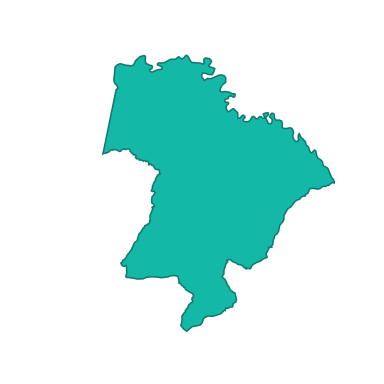 Tesalia, Huila, Colombia (Albers equal-area conic projection), rotated 206°
{"feature_id": "7082276B61077651934720", "entity_name": "Tesalia", "entity_type": "district", "adm_level": 2, "iso_a3": "COL", "parent_name": "Colombia", "parent_adm1": "Huila", "projection": "albers", "projection_center": [-75.696, 2.544], "detail": "fine", "context": "isolated", "style": "filled", "palette": "teal", "viewbox_px": 384, "rotation_deg": 206, "n_neighbors": 0, "source": "geoboundaries", "source_scale": "gbopen_adm2", "svg_char_len": 6062}
<svg xmlns="http://www.w3.org/2000/svg" viewBox="0 0 384 384"><g transform="rotate(206 192 192)"><path d="M305.1,250.9L288.7,187.1L288.0,188.2L286.2,189.4L284.3,191.6L283.1,194.5L281.5,194.9L281.1,195.8L278.4,196.8L275.0,196.6L274.0,197.4L273.5,199.4L272.1,200.9L270.0,201.1L268.6,203.0L266.0,202.7L265.5,201.4L264.4,201.2L263.9,200.7L262.1,200.4L261.2,199.7L260.0,200.4L259.3,200.1L258.4,200.2L257.8,199.0L257.9,198.2L256.1,197.6L255.8,198.3L254.2,198.3L253.4,197.5L252.0,198.4L249.9,198.6L249.2,198.3L248.6,199.5L246.8,199.2L245.9,200.0L244.6,200.3L244.1,199.3L243.6,199.2L243.0,198.1L243.1,197.7L242.6,197.4L241.9,198.7L241.2,199.1L240.0,198.3L239.2,198.7L237.3,198.2L236.5,197.3L234.7,196.4L231.6,197.5L230.9,197.3L229.9,195.5L228.5,194.2L229.9,193.1L230.3,191.7L230.5,187.8L229.9,186.0L230.5,183.3L230.1,182.4L230.1,179.6L229.0,177.5L229.3,176.7L229.0,175.1L227.6,175.1L226.3,176.2L225.5,175.8L225.1,175.2L224.8,174.4L225.2,173.4L225.1,172.5L225.8,170.3L224.9,167.2L223.1,164.4L221.0,164.2L219.5,162.5L220.9,161.3L221.1,160.4L220.1,160.1L219.6,156.6L219.5,152.7L218.8,150.9L217.3,148.8L217.7,147.7L216.8,147.1L216.7,145.8L217.3,143.9L218.0,143.6L218.2,142.3L218.8,142.1L219.8,140.8L219.4,139.5L220.0,138.2L220.5,134.4L220.3,133.3L221.3,131.6L220.4,125.5L219.9,125.2L219.8,124.3L221.5,121.4L221.3,117.1L221.0,116.3L221.4,115.4L221.2,114.3L220.6,114.0L221.4,112.8L222.0,109.0L222.4,108.4L222.1,107.5L222.6,106.9L222.5,103.5L223.3,101.5L224.2,100.5L224.2,97.9L224.8,97.1L224.4,96.6L223.2,95.5L222.0,95.2L220.4,95.4L218.9,97.1L215.1,90.8L214.7,87.6L214.2,86.8L213.4,86.6L207.1,88.8L203.2,89.7L197.9,92.5L195.6,95.3L191.1,98.1L186.2,100.2L181.9,101.5L176.2,105.3L174.9,107.0L171.0,109.3L167.5,110.0L166.4,108.3L165.2,107.2L163.7,104.3L161.8,104.5L160.6,103.7L159.4,103.7L157.8,102.8L156.5,103.1L155.7,101.9L154.7,101.8L153.9,101.2L152.4,101.4L149.5,100.9L147.4,101.0L145.3,99.8L145.2,98.6L144.8,98.2L145.6,96.5L144.8,95.7L144.8,95.0L143.6,94.6L143.3,94.0L143.8,92.4L144.5,91.8L144.6,90.8L145.4,89.6L145.4,87.8L145.0,86.5L145.7,84.9L145.6,83.6L146.1,82.5L145.3,81.6L145.9,80.6L146.7,76.1L144.9,72.8L143.9,69.5L143.7,67.3L139.5,65.2L135.7,64.5L132.9,70.9L126.3,76.0L125.5,79.1L126.1,82.6L125.8,84.3L123.3,87.5L119.3,89.1L117.6,90.5L112.6,95.3L111.0,99.9L110.1,100.1L110.8,102.3L108.7,103.2L107.0,105.6L105.4,106.3L105.2,107.3L105.9,108.4L105.8,109.9L105.6,110.7L104.3,112.4L105.2,115.4L109.4,120.2L111.5,119.9L112.2,120.4L115.2,120.9L116.2,122.3L120.3,124.7L120.7,125.4L123.9,127.9L126.8,128.5L127.8,129.3L127.4,132.4L129.2,136.0L129.4,139.5L129.9,140.8L129.9,142.7L129.3,144.7L129.6,145.3L130.6,145.8L129.6,147.2L127.1,148.3L126.0,147.4L124.6,147.2L121.1,147.5L119.2,147.1L115.5,148.0L114.3,147.9L112.4,147.0L111.2,147.2L110.0,146.4L109.6,146.6L109.7,147.5L108.5,147.5L107.3,148.3L106.1,148.4L105.7,149.3L106.1,151.2L105.2,153.6L103.3,156.6L100.1,160.1L98.8,162.8L96.1,165.8L95.9,166.6L98.4,168.6L98.1,175.4L98.9,175.9L96.1,177.4L97.0,178.1L96.3,179.9L97.8,184.2L98.1,187.3L98.6,189.1L97.3,191.5L96.9,194.3L98.5,200.6L97.3,205.3L97.4,207.7L99.0,211.1L98.6,218.7L96.5,222.2L95.3,228.7L93.7,231.2L92.3,232.3L91.2,236.1L88.5,238.0L88.8,239.5L87.3,241.6L87.3,242.4L87.2,243.8L88.0,245.7L87.8,246.1L85.6,248.1L83.9,248.4L82.8,249.2L80.9,249.3L78.0,251.6L77.9,252.6L77.3,253.1L77.2,253.9L76.7,254.6L74.1,255.7L73.3,257.3L71.9,258.0L71.4,259.7L69.6,262.4L68.1,262.3L68.6,263.8L70.9,265.5L73.2,266.5L79.7,272.3L81.3,273.1L84.7,273.1L85.7,273.4L88.1,276.4L89.7,277.2L93.5,277.6L95.7,279.2L99.0,283.3L100.4,283.3L101.4,279.7L102.4,279.3L104.2,280.5L106.9,283.4L110.3,284.4L111.9,286.8L115.8,288.4L117.0,288.4L118.5,289.2L121.1,291.5L121.5,290.9L121.0,288.5L119.8,286.5L119.0,285.9L118.9,285.3L119.8,283.3L120.6,283.0L121.6,283.1L123.4,283.8L125.5,285.8L126.1,286.8L126.8,290.1L128.0,291.5L130.3,293.0L132.2,292.6L134.9,290.5L137.0,289.5L139.3,289.5L140.7,293.0L142.5,295.0L144.8,295.0L148.3,293.3L150.6,295.0L151.9,297.6L153.0,298.3L154.8,297.8L155.5,295.6L155.1,294.4L155.2,293.4L152.3,292.8L151.0,290.9L150.7,288.9L150.9,288.3L152.2,287.3L153.5,287.2L158.0,290.7L158.2,292.3L157.3,294.0L157.3,294.8L157.8,296.3L158.5,296.6L161.2,294.6L162.1,293.4L162.0,292.9L160.7,292.0L159.5,290.7L159.6,289.5L161.0,289.2L162.6,290.0L163.8,289.8L164.2,289.5L165.2,286.7L166.5,285.8L168.0,286.6L170.0,286.9L171.0,285.6L171.1,282.6L171.9,280.3L174.7,278.6L176.1,278.2L177.3,278.6L177.6,280.7L176.9,282.2L178.1,283.5L179.3,283.6L180.3,283.0L181.5,279.1L182.9,278.5L183.8,279.3L184.7,281.7L185.7,283.2L190.6,285.0L191.3,285.0L192.1,284.4L194.0,280.5L194.7,279.8L197.5,281.7L198.6,283.4L198.8,284.9L197.9,287.0L198.0,288.0L199.1,288.3L201.6,287.4L202.6,288.4L202.9,289.4L201.7,290.9L200.7,291.5L200.5,292.3L200.8,293.7L199.5,295.3L199.1,295.5L196.1,295.3L195.3,296.6L195.9,298.7L196.8,298.9L199.3,297.9L202.4,298.0L203.5,297.7L206.5,296.7L209.8,294.6L210.6,294.5L211.4,295.9L211.8,297.7L211.7,301.5L209.8,305.3L211.5,309.1L212.6,310.1L213.7,310.5L216.0,310.4L217.3,310.0L219.0,308.8L224.5,302.2L228.0,300.8L229.5,297.8L230.5,297.7L230.7,298.3L233.2,299.4L234.5,301.0L234.6,303.4L232.8,304.5L229.0,304.8L225.7,306.0L225.1,306.7L225.0,309.1L225.5,312.8L226.3,313.0L230.8,312.3L232.1,312.5L232.4,312.9L231.7,315.6L231.7,317.7L232.1,318.5L234.8,319.5L238.4,318.5L239.4,317.3L239.3,315.9L237.7,313.3L238.2,311.7L238.6,311.5L240.2,311.8L249.2,308.3L250.7,309.0L255.0,312.2L256.8,312.4L257.4,312.1L258.0,309.6L258.7,307.9L259.5,307.2L261.6,307.3L263.3,307.8L264.6,304.9L265.3,304.1L266.9,303.0L268.6,302.5L269.7,301.4L273.7,296.0L274.9,295.1L278.4,293.5L279.0,292.9L279.1,291.5L278.3,291.0L276.1,291.4L274.1,291.2L273.0,289.7L273.0,289.2L277.5,285.9L280.4,282.2L282.2,282.1L283.6,282.8L283.7,283.6L282.1,285.2L282.4,287.0L282.9,287.8L284.2,287.9L285.6,287.4L289.9,287.5L291.8,290.0L293.0,293.0L293.5,293.5L294.2,293.7L294.9,293.6L298.0,291.0L300.2,285.3L300.3,280.9L301.6,278.7L305.1,277.8L306.9,276.9L311.9,276.1L313.2,275.5L314.9,273.4L315.9,270.7L311.4,258.5L310.4,257.1L308.3,255.4L306.5,255.1L304.1,252.9L304.0,252.4L305.1,250.9Z" fill="#14b8a6" stroke="#0f766e" stroke-width="1.5"/></g></svg>